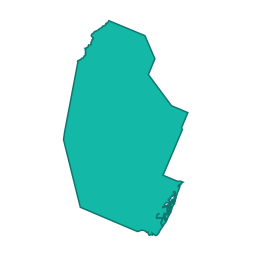 outline of Angoram District, East Sepik, Papua New Guinea, rotated 113°
{"feature_id": "67681753B97300353445922", "entity_name": "Angoram District", "entity_type": "district", "adm_level": 2, "iso_a3": "PNG", "parent_name": "Papua New Guinea", "parent_adm1": "East Sepik", "projection": "orthographic", "projection_center": [143.956, -4.467], "detail": "fine", "context": "isolated", "style": "filled", "palette": "teal", "viewbox_px": 256, "rotation_deg": 113, "n_neighbors": 0, "source": "geoboundaries", "source_scale": "gbopen_adm2", "svg_char_len": 5569}
<svg xmlns="http://www.w3.org/2000/svg" viewBox="0 0 256 256"><g transform="rotate(113 128 128)"><path d="M36.7,187.6L37.2,187.6L39.1,187.8L40.2,189.2L40.5,189.2L41.0,188.6L41.9,189.1L42.1,189.1L42.6,189.5L43.1,189.6L43.3,190.1L43.9,190.6L44.1,191.1L45.1,191.1L45.4,191.5L45.9,191.5L46.9,192.2L47.4,192.8L48.0,193.0L48.6,193.5L49.7,193.8L50.7,194.9L52.0,195.9L52.3,196.5L52.6,196.6L54.1,196.8L54.6,197.2L54.9,197.6L55.5,197.8L57.3,198.0L58.1,196.9L58.3,196.4L58.2,196.0L58.7,195.2L59.1,195.5L59.3,195.5L59.8,195.3L60.0,195.1L61.1,195.6L61.6,195.0L62.8,195.5L63.4,195.6L63.6,195.3L64.2,195.3L65.1,195.0L65.1,194.7L65.6,194.5L66.3,195.0L66.8,195.8L66.8,196.6L67.3,196.8L68.4,196.5L68.6,196.6L68.9,196.4L69.4,196.5L69.8,196.8L70.2,197.6L70.8,197.7L71.4,198.6L71.6,197.9L71.8,198.0L72.0,197.7L72.4,198.0L72.9,197.9L73.7,197.2L74.2,197.0L74.7,196.5L75.1,196.7L76.2,196.3L76.2,196.1L76.6,196.1L76.9,195.6L77.4,195.5L78.1,195.7L78.2,196.1L79.2,196.5L80.0,196.5L80.9,196.8L81.3,197.0L81.5,197.4L81.8,197.7L82.3,197.8L83.1,198.3L83.5,198.2L84.1,198.9L84.5,199.5L85.3,199.8L85.6,200.3L86.1,200.5L86.5,200.4L86.8,199.9L156.4,184.8L163.9,182.8L219.6,140.9L219.6,78.8L216.9,75.7L216.2,73.8L216.1,71.9L216.3,71.0L216.7,70.4L216.7,69.7L216.2,69.2L216.8,69.1L217.0,68.3L218.3,66.8L218.4,66.6L218.3,66.3L217.1,64.8L216.9,64.4L216.8,63.9L216.9,63.5L216.2,63.6L215.4,64.4L216.2,60.5L215.5,59.7L213.9,59.0L212.7,58.7L208.5,58.3L207.3,58.0L202.8,57.1L202.0,57.3L201.7,56.9L199.1,56.3L197.1,56.2L196.0,56.3L193.1,56.2L193.1,56.6L192.8,56.3L192.6,56.4L192.4,56.1L190.2,55.9L188.9,55.5L188.5,55.6L188.2,56.0L188.3,56.6L189.9,57.7L190.7,58.0L191.2,57.9L191.1,57.0L191.2,56.8L191.8,56.7L191.6,56.3L192.3,56.3L192.5,56.6L192.0,56.9L191.7,57.4L192.0,58.9L193.4,59.7L193.6,59.3L193.6,60.2L193.9,60.4L194.3,60.6L194.3,59.6L195.2,58.9L195.9,58.9L195.9,58.5L196.2,57.9L196.2,57.5L196.6,58.4L197.0,58.3L197.0,58.0L197.7,57.4L198.2,57.4L198.5,57.5L198.4,58.2L197.7,58.2L196.8,58.8L196.8,59.0L197.1,59.3L197.1,59.8L197.8,60.6L200.1,60.4L201.5,60.6L202.3,60.5L203.3,59.6L204.0,58.6L204.3,57.8L204.5,57.7L204.7,57.9L204.9,58.4L204.6,58.8L204.3,58.8L204.1,59.2L203.9,59.2L203.2,60.0L202.5,60.6L201.8,60.8L199.6,60.6L198.9,60.8L197.9,61.4L198.0,62.6L199.8,65.9L199.8,66.5L199.5,66.8L199.1,66.9L196.9,67.2L196.2,67.0L195.4,66.9L194.8,66.2L194.6,65.4L195.5,66.8L196.9,67.1L198.5,66.8L199.5,66.5L199.4,66.0L197.7,62.9L197.5,61.7L197.5,61.4L198.0,61.0L198.0,60.9L197.5,60.6L197.1,60.7L196.4,60.5L196.0,60.8L195.8,60.7L196.2,60.3L195.7,60.2L194.8,60.8L194.5,61.3L194.2,61.3L193.8,60.9L193.1,60.9L192.5,61.1L192.8,60.6L192.5,59.8L191.7,59.5L190.8,58.5L189.7,58.4L188.9,58.0L188.3,57.9L188.0,58.1L188.0,58.4L188.2,58.6L188.8,58.5L189.2,58.8L189.4,59.3L189.3,59.5L188.8,59.3L188.6,59.5L188.8,59.8L188.7,60.0L188.0,59.9L187.8,60.4L187.9,60.8L187.4,60.2L187.1,60.1L186.9,60.2L186.8,59.9L187.0,59.8L186.7,59.6L186.3,59.7L185.5,59.4L185.1,59.8L185.9,60.8L185.9,61.1L185.4,61.4L185.9,61.9L185.7,62.3L185.5,62.0L184.9,62.3L184.7,62.6L184.7,62.9L185.2,63.0L186.8,63.8L187.2,64.3L187.7,64.7L187.5,65.0L187.0,65.2L186.4,64.3L185.8,64.0L185.3,64.1L184.4,64.7L183.9,64.7L182.9,64.0L182.1,63.9L181.6,63.4L181.6,62.8L181.0,61.7L181.1,61.1L181.4,60.5L181.4,60.0L180.7,59.6L180.1,60.0L179.9,60.5L179.4,60.6L179.4,61.1L179.2,61.1L178.9,61.3L178.9,61.1L178.7,61.2L178.4,62.0L178.4,62.5L178.6,62.7L178.4,62.9L178.2,62.9L177.5,62.4L177.3,61.9L176.7,61.9L176.8,61.7L176.6,61.5L176.4,61.4L175.9,61.6L175.9,61.4L175.1,61.5L174.2,61.3L173.7,60.6L173.2,60.2L172.7,60.3L172.6,60.6L172.1,59.1L171.9,58.6L171.6,58.3L171.1,59.4L170.3,59.9L170.1,60.2L170.1,60.7L169.8,61.0L168.9,61.2L168.4,60.9L168.4,59.7L168.6,59.4L169.7,59.0L170.6,59.1L170.9,58.9L171.0,58.5L171.6,58.0L171.8,58.0L172.4,58.3L172.7,58.0L173.2,58.0L173.7,58.4L174.2,58.3L174.9,57.9L175.2,57.7L175.1,57.4L175.3,57.5L175.8,56.9L176.4,56.5L177.9,56.2L177.6,56.0L176.5,56.0L175.2,56.4L174.0,56.4L172.3,56.8L170.7,56.9L167.8,57.2L164.6,57.2L161.7,57.3L161.0,57.9L160.7,58.3L161.1,58.2L161.5,58.4L161.8,57.6L162.3,57.6L162.5,57.7L162.1,58.3L162.2,58.8L161.8,58.8L161.8,59.1L161.3,59.3L160.9,59.1L161.2,58.9L161.2,58.7L160.7,58.8L160.1,58.1L159.3,57.7L159.6,57.5L159.8,57.7L160.5,57.8L160.7,57.7L159.8,57.5L159.5,57.3L156.9,56.8L156.4,56.3L156.4,58.7L157.8,62.1L157.8,77.3L108.1,77.3L107.0,78.8L90.5,78.9L90.5,96.7L70.9,130.1L53.8,130.3L36.4,148.5L36.7,187.6ZM184.6,56.2L181.3,56.1L180.1,55.7L178.9,55.6L178.6,55.9L178.6,56.2L179.3,56.7L179.8,57.8L179.6,58.7L179.1,59.3L179.3,59.4L180.6,59.0L181.6,59.0L182.2,58.5L182.8,59.5L182.9,59.4L182.8,59.0L183.0,58.7L183.9,58.2L184.1,58.0L183.9,57.2L183.6,56.9L183.2,56.9L183.1,56.6L184.1,56.4L185.2,56.3L186.2,56.6L187.4,56.3L187.5,56.8L187.8,56.7L187.7,56.2L187.4,55.9L187.0,55.8L184.6,56.2ZM187.6,57.7L186.7,57.2L185.4,57.0L184.7,57.3L184.8,57.7L185.2,57.8L184.7,58.8L184.9,58.1L184.5,58.1L184.0,58.6L183.5,58.7L183.4,58.8L184.0,59.4L184.1,59.9L184.7,60.0L184.9,59.5L185.3,59.2L185.3,58.5L185.4,58.3L185.8,58.1L186.2,58.4L186.6,57.9L187.6,58.2L187.8,58.0L187.6,57.7ZM177.6,56.8L176.9,56.8L176.2,57.1L176.2,58.0L176.0,58.3L176.0,58.7L176.3,59.4L177.2,59.3L177.4,59.6L178.1,58.6L177.6,57.6L177.6,56.8ZM182.8,59.7L182.0,59.2L182.6,61.0L184.3,62.1L184.2,61.7L183.8,61.0L183.8,60.9L184.6,60.8L184.9,60.4L184.7,60.3L183.8,60.1L183.3,59.6L182.8,59.7ZM178.3,59.4L179.3,58.0L179.3,57.8L178.4,57.0L178.0,57.3L177.9,57.9L178.5,58.6L178.1,59.2L178.1,59.4L178.3,59.4ZM196.7,59.4L196.6,58.7L196.3,58.2L196.2,58.6L196.5,59.2L196.7,59.4ZM197.1,60.4L196.7,59.7L196.5,59.9L196.9,60.3L197.1,60.4Z" fill="#14b8a6" stroke="#0f766e" stroke-width="1.5"/></g></svg>